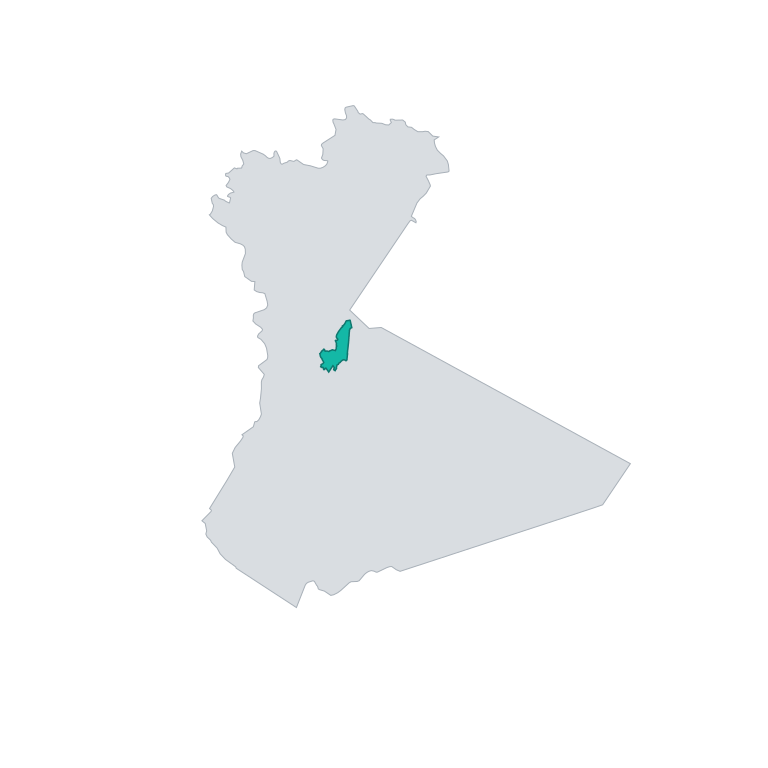 Niafunke, Timbuktu, Mali shown in context, rotated 124°
{"feature_id": "8926073B8185774675652", "entity_name": "Niafunke", "entity_type": "district", "adm_level": 2, "iso_a3": "MLI", "parent_name": "Mali", "parent_adm1": "Timbuktu", "projection": "natural_earth1", "projection_center": [-4.268, 15.872], "detail": "fine", "context": "in_parent", "style": "filled", "palette": "teal", "viewbox_px": 768, "rotation_deg": 124, "n_neighbors": 0, "source": "geoboundaries", "source_scale": "gbopen_adm2", "svg_char_len": 8177}
<svg xmlns="http://www.w3.org/2000/svg" viewBox="0 0 768 768"><g transform="rotate(124 384 384)"><path d="M173.4,557.2L173.6,554.7L171.8,553.0L171.7,552.1L172.8,544.8L172.7,542.9L173.5,539.3L172.3,537.6L172.0,536.4L169.1,531.6L168.2,527.6L166.6,524.9L163.1,524.1L161.8,526.4L161.0,526.8L159.7,525.1L159.2,523.7L159.2,522.5L154.7,516.1L155.0,512.8L156.8,511.0L157.5,508.0L155.8,504.7L156.1,501.5L155.9,497.0L153.2,493.0L151.5,491.3L150.0,488.5L151.2,482.2L148.6,476.8L153.6,478.9L156.0,476.9L158.3,474.2L160.3,470.6L161.2,466.1L161.6,462.2L163.7,456.2L166.1,453.3L171.1,449.1L172.4,449.5L180.5,458.4L185.1,462.9L186.7,465.3L188.2,465.4L190.6,461.0L193.0,457.2L194.0,456.2L202.1,455.7L206.4,456.5L210.2,457.6L215.5,457.9L229.7,455.1L229.9,453.3L229.7,451.2L230.3,449.5L231.5,448.0L232.5,447.7L232.9,452.8L234.0,453.6L237.4,453.8L341.9,453.8L346.3,427.4L338.7,417.9L312.3,135.2L361.9,135.2L370.4,141.6L530.3,265.9L531.1,269.9L531.0,275.5L532.2,277.1L534.5,278.9L543.6,284.2L544.4,285.3L544.7,287.5L545.8,290.2L547.8,291.8L550.0,292.9L552.7,293.7L561.0,294.6L562.7,295.8L566.3,300.7L568.3,301.7L579.4,304.4L583.0,305.7L586.9,307.9L589.0,309.9L589.0,317.6L590.6,322.6L590.6,323.9L588.9,325.9L588.5,327.4L586.5,331.4L586.9,332.9L590.8,336.0L592.7,336.8L594.9,336.8L618.3,331.6L619.4,403.5L618.5,404.7L618.1,417.4L616.4,424.9L613.4,430.5L611.6,438.7L610.5,440.4L609.7,445.1L608.0,447.8L604.9,448.9L599.6,454.2L599.2,458.5L586.5,456.1L585.6,456.2L585.1,456.7L584.8,459.0L552.2,460.3L536.3,461.3L526.3,471.0L519.8,471.9L511.6,471.1L507.4,471.1L505.8,471.6L505.5,473.4L492.5,468.4L487.7,470.0L486.9,469.4L486.3,468.4L483.9,467.8L480.2,468.1L477.5,468.8L469.3,476.4L464.9,478.4L456.6,482.9L450.9,486.8L448.8,487.6L445.6,487.8L443.0,488.6L440.6,497.4L439.0,498.2L429.1,494.7L427.2,495.2L425.5,496.2L420.0,501.4L417.3,505.5L415.8,511.0L416.0,514.6L415.1,515.6L412.6,515.9L408.0,514.8L406.6,515.3L405.9,518.0L406.0,523.9L405.1,527.9L402.3,529.2L400.2,530.7L398.6,531.2L397.2,530.8L389.3,524.8L386.6,523.9L383.6,524.5L380.8,527.1L375.7,533.3L376.2,535.6L377.6,538.1L378.6,541.3L378.6,544.2L371.3,548.3L373.0,551.3L372.8,559.5L369.4,563.2L368.3,565.6L365.0,568.2L362.2,569.7L353.4,571.8L349.8,574.4L348.2,576.5L347.8,578.8L348.1,581.4L349.8,586.7L349.2,591.6L347.8,597.3L346.4,599.8L342.3,602.8L343.0,606.5L343.3,611.8L342.6,618.7L341.4,623.4L340.4,622.9L336.5,623.1L332.2,624.6L330.7,625.8L330.3,627.3L326.7,631.1L324.3,630.9L322.0,629.9L320.8,628.9L320.8,628.3L322.2,625.3L322.2,624.2L320.8,619.0L321.1,617.6L320.5,613.6L320.2,613.4L315.5,615.2L315.3,615.9L316.0,618.5L315.5,618.9L313.8,618.9L311.5,618.0L308.9,615.7L308.3,616.4L308.0,618.3L307.8,620.5L308.5,624.5L307.8,625.9L303.8,625.7L300.4,626.2L299.6,627.6L299.2,629.2L300.0,631.0L299.9,631.7L298.5,632.8L297.8,632.8L296.0,630.8L288.5,628.9L287.9,626.2L287.1,626.2L284.7,622.9L283.7,623.0L282.8,623.5L280.0,623.3L277.5,626.2L275.6,629.7L273.6,631.4L270.5,632.2L271.0,629.9L270.1,626.9L263.6,623.0L262.6,621.4L261.0,612.6L261.1,610.0L261.5,607.7L261.4,605.9L260.7,604.5L258.7,603.2L256.7,602.6L254.2,604.3L253.0,604.6L251.8,604.5L251.2,603.9L251.3,603.0L254.1,598.3L255.4,596.3L258.2,594.0L258.9,592.8L259.0,591.9L258.7,591.3L256.9,590.4L254.1,588.2L252.6,588.0L251.3,587.0L250.0,583.5L249.4,582.9L248.1,582.5L246.9,581.7L247.0,573.4L244.3,567.1L241.9,559.2L240.6,557.3L238.4,555.7L235.7,554.6L233.3,554.4L230.6,555.2L230.6,556.0L232.1,558.5L232.4,559.9L232.1,561.3L231.6,562.2L227.9,563.1L223.0,566.0L221.3,569.3L220.2,569.8L218.3,569.3L205.3,563.7L199.8,566.1L196.3,571.1L195.4,572.7L193.7,574.1L192.8,574.1L191.8,573.2L188.1,565.7L186.4,563.9L184.4,563.8L182.6,565.0L180.8,567.6L178.5,569.9L177.0,570.6L175.7,570.2L170.4,565.2L170.1,564.1L172.6,558.1L173.4,557.2Z" fill="#d9dde1" stroke="#a8b0b8" stroke-width="1"/><path d="M405.1,441.3L404.1,441.5L403.5,441.3L403.3,440.8L403.7,439.9L405.0,436.5L397.4,436.6L397.5,436.0L397.6,435.9L398.0,435.5L398.0,435.3L398.0,435.2L398.0,434.7L398.1,434.4L398.3,434.2L398.6,434.1L399.1,434.0L399.6,434.1L400.1,433.9L400.2,433.6L400.4,433.0L400.4,432.7L400.4,432.4L400.3,432.2L400.2,431.9L399.9,432.0L399.7,432.2L399.5,432.3L399.3,432.2L399.2,432.2L398.9,432.0L398.7,432.0L397.9,432.1L397.5,432.1L397.1,432.5L396.7,432.8L396.0,433.0L395.1,433.4L394.5,433.6L393.9,433.3L393.7,433.2L393.2,432.8L392.9,432.9L392.4,433.0L392.1,433.0L391.8,433.0L391.4,432.9L391.2,432.6L390.8,432.5L390.6,432.4L390.1,432.4L389.3,432.3L388.7,432.1L388.2,432.0L388.0,431.9L387.9,431.9L387.6,431.8L387.3,431.6L387.2,431.6L387.1,431.4L386.8,431.2L386.6,431.1L386.4,431.0L386.3,430.9L386.2,430.4L386.1,430.1L386.0,429.8L386.0,429.6L386.0,429.3L386.0,428.8L386.0,428.6L385.9,428.6L385.6,428.4L385.3,428.4L385.2,428.3L384.9,428.2L384.7,428.2L384.6,428.3L384.4,428.4L384.2,428.5L383.9,428.7L383.7,428.8L383.4,429.0L383.2,429.1L382.7,429.3L382.4,429.5L382.0,429.7L381.9,429.8L381.7,429.9L381.3,430.1L381.0,430.2L380.9,430.3L380.6,430.5L380.4,430.6L380.2,430.7L380.0,430.9L379.9,430.9L379.9,431.0L379.7,431.1L379.4,431.2L379.4,431.3L379.1,431.3L379.0,431.5L378.8,431.6L378.7,431.6L378.5,431.8L378.4,431.9L378.1,432.1L377.7,432.3L377.4,432.4L376.9,432.8L376.6,432.9L376.3,433.0L376.1,433.1L375.7,433.3L375.4,433.5L375.2,433.6L374.9,433.8L374.7,433.8L374.4,434.0L374.0,434.2L373.7,434.4L373.6,434.5L373.3,434.5L373.2,434.6L372.9,434.8L372.7,434.9L372.5,435.0L372.3,435.2L372.2,435.2L371.9,435.3L371.6,435.4L371.5,435.6L371.2,435.7L370.8,435.9L370.6,436.0L370.3,436.2L370.1,436.3L369.9,436.3L369.6,436.5L369.3,436.7L369.1,436.8L368.8,437.0L368.6,437.1L368.4,437.2L368.3,437.3L368.1,437.4L367.9,437.5L367.6,437.7L367.4,437.7L367.3,437.8L367.2,437.9L366.8,438.1L366.6,438.3L366.1,438.5L365.7,438.7L365.4,439.0L365.0,439.2L364.8,439.3L364.7,439.3L364.4,439.5L364.2,439.7L363.9,439.7L363.8,439.8L363.7,439.8L363.2,440.1L362.9,440.3L362.7,440.5L362.3,440.7L362.2,440.7L362.1,440.8L361.9,440.9L361.8,441.0L361.7,441.1L361.3,441.2L361.1,441.4L360.8,441.6L360.5,441.7L360.2,441.8L359.7,442.1L359.3,442.4L359.1,442.5L358.8,442.6L358.7,442.8L358.1,442.8L357.3,442.9L357.1,443.1L356.8,443.0L356.5,442.8L356.2,442.8L355.9,442.6L355.6,442.4L355.3,442.2L355.2,442.3L354.9,442.7L354.7,442.8L354.2,443.4L353.9,443.7L353.7,443.9L353.4,444.1L352.7,444.9L352.5,445.2L352.0,445.7L351.8,446.0L351.5,446.2L351.3,446.4L350.6,447.2L350.4,447.4L350.2,447.6L350.1,447.8L350.2,448.0L350.3,448.0L350.5,448.3L350.8,448.5L351.0,448.8L351.3,449.0L351.6,449.4L351.8,449.5L352.1,449.9L352.2,450.0L352.6,450.5L353.0,450.6L353.3,450.6L355.0,450.3L355.4,450.3L355.8,450.3L356.1,450.2L356.7,450.2L356.8,450.3L357.2,450.3L357.3,450.3L357.8,450.4L358.3,450.4L358.3,450.5L358.5,450.5L358.9,450.5L359.0,450.6L359.1,450.9L359.3,450.8L359.4,450.6L359.5,450.5L359.7,450.4L359.8,450.4L360.0,450.4L360.0,450.6L360.5,450.6L360.9,450.8L365.4,451.0L366.1,451.0L366.3,451.0L367.3,450.9L369.7,450.7L371.3,450.1L371.8,449.6L372.1,449.4L372.3,449.0L372.3,448.5L372.4,448.0L372.6,447.6L372.9,447.2L373.3,447.1L373.7,447.1L374.3,447.7L374.6,448.3L375.1,448.6L375.4,448.5L375.7,447.7L376.6,446.6L377.0,446.0L377.4,445.9L377.9,445.5L378.1,445.5L378.3,445.4L378.5,445.2L378.9,444.8L378.9,444.6L378.9,444.4L379.1,444.3L379.4,444.4L379.7,444.4L380.3,444.1L381.2,443.4L383.5,443.0L383.6,443.5L384.3,445.2L384.4,445.8L385.0,446.3L386.1,446.9L386.5,447.3L387.0,447.6L387.5,447.6L387.8,447.8L388.0,448.0L388.1,448.6L388.6,449.8L389.1,450.4L389.3,450.7L389.5,450.8L389.7,451.2L389.6,451.5L389.3,451.9L389.0,452.1L388.7,452.7L388.7,453.2L388.8,453.3L388.9,453.5L389.2,453.5L389.6,453.5L389.9,453.4L390.1,453.4L390.3,453.5L390.6,453.8L390.9,453.9L391.1,453.8L391.3,453.9L391.5,453.9L391.6,454.0L391.8,454.0L392.0,454.1L392.3,453.9L392.6,453.9L393.5,454.0L394.3,454.0L394.5,454.0L394.8,454.2L395.0,454.0L395.1,453.7L395.4,453.4L396.5,452.4L397.3,451.1L397.6,449.8L397.9,449.2L398.3,449.0L399.0,447.4L399.8,446.0L400.6,446.0L401.5,446.1L402.3,446.6L403.1,447.0L403.4,446.9L403.6,446.6L404.0,446.2L404.8,446.3L405.1,446.2L405.1,445.7L404.9,445.0L405.0,444.6L405.0,444.4L404.8,444.3L404.6,444.2L404.4,444.1L404.3,443.9L404.5,443.6L404.6,443.3L404.7,443.0L404.9,442.7L405.1,442.5L405.2,442.4L405.5,442.4L405.6,442.2L405.7,441.8L405.1,441.3Z" fill="#14b8a6" stroke="#0f766e" stroke-width="1.5"/></g></svg>